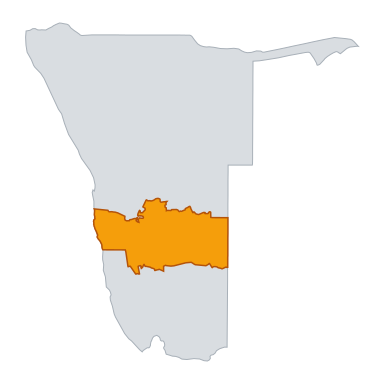 Namibia, with Hardap highlighted
{"feature_id": "NAM-3339", "entity_name": "Hardap", "entity_type": "Region", "adm_level": 1, "iso_a3": "NAM", "parent_name": "Namibia", "parent_adm1": "", "projection": "robinson", "projection_center": [17.113, -24.521], "detail": "fine", "context": "in_parent", "style": "filled", "palette": "amber", "viewbox_px": 384, "rotation_deg": 0, "n_neighbors": 0, "source": "natural_earth", "source_scale": "10m", "svg_char_len": 7210}
<svg xmlns="http://www.w3.org/2000/svg" viewBox="0 0 384 384"><path d="M312.3,42.0L317.5,40.9L322.6,39.8L328.4,38.7L333.1,37.8L334.3,37.5L345.5,38.6L350.4,39.3L352.1,40.0L354.3,41.9L358.4,46.4L357.3,46.2L349.8,47.1L346.9,48.4L340.4,53.7L339.1,53.0L337.5,51.9L336.2,51.6L333.4,52.8L330.6,54.4L327.4,56.5L324.8,58.7L324.0,59.8L319.9,64.2L318.6,64.9L317.4,65.2L317.0,65.0L316.5,63.1L314.1,58.7L310.2,53.0L309.0,52.4L308.2,52.2L305.3,52.5L296.7,54.1L289.5,55.4L278.5,57.8L266.7,59.7L259.4,60.8L253.0,61.2L253.0,66.9L252.9,78.4L252.9,89.9L252.8,101.4L252.8,112.9L252.7,124.5L252.7,136.0L252.6,147.5L252.6,159.0L252.5,164.0L252.3,165.1L248.7,165.1L240.5,165.1L233.6,165.1L228.1,165.1L228.1,171.9L228.0,180.0L228.0,188.1L228.0,196.2L227.9,204.3L227.9,212.4L227.9,220.5L227.8,228.6L227.8,236.7L227.8,242.8L227.8,243.5L227.7,255.3L227.6,267.9L227.6,280.4L227.5,293.0L227.4,305.6L227.3,318.1L227.2,330.7L227.1,343.2L227.1,347.2L224.6,347.1L219.7,348.7L216.5,350.7L215.1,353.1L213.3,354.6L211.0,355.2L210.0,356.4L210.3,358.4L209.4,359.9L207.4,361.0L204.1,360.7L199.6,359.0L193.9,358.6L186.9,359.5L181.9,359.1L178.9,357.4L175.7,356.4L172.3,356.1L170.3,355.4L166.2,354.2L165.5,352.0L165.0,350.3L163.8,348.6L163.7,347.2L164.6,346.1L164.7,344.4L164.1,342.1L163.0,340.9L161.4,341.0L160.4,340.1L160.0,338.2L159.1,336.8L156.8,335.3L153.9,336.4L152.5,338.1L151.6,340.6L150.9,341.9L150.5,344.1L150.4,345.6L149.6,347.2L148.8,347.9L148.0,347.6L146.5,348.2L143.1,350.6L142.2,351.9L139.5,349.6L131.6,341.0L128.8,338.8L124.6,333.5L115.5,317.1L114.2,314.0L112.4,306.1L110.4,300.2L110.1,296.9L111.1,294.9L110.5,292.3L109.4,290.0L106.3,287.0L105.4,276.8L103.3,270.3L103.7,264.8L102.7,259.9L102.6,256.7L103.0,250.7L101.3,243.8L97.8,237.0L94.7,227.2L94.3,223.0L94.5,211.5L93.9,206.8L93.9,201.3L92.7,195.5L92.2,192.4L93.0,189.9L93.5,190.7L94.4,191.1L95.0,187.8L95.1,184.9L93.6,177.8L90.1,170.5L81.5,158.5L79.4,154.0L78.2,150.2L68.6,134.5L64.5,123.4L61.6,113.8L58.5,109.4L44.0,78.3L40.8,73.4L35.0,67.4L33.7,65.5L31.4,59.8L27.1,52.2L26.0,45.2L25.6,37.1L26.1,31.0L30.0,30.3L32.7,28.7L35.2,28.6L37.7,29.9L40.2,30.0L41.2,29.8L45.9,30.0L48.5,28.5L51.7,27.0L53.5,25.7L56.1,24.4L59.5,23.0L61.4,23.2L63.8,23.7L66.9,24.2L68.7,25.1L70.8,27.9L74.1,30.5L76.5,32.1L79.3,34.1L80.1,34.9L81.3,35.4L82.1,35.5L87.2,35.2L91.8,34.9L96.8,34.9L106.2,34.9L115.6,34.9L125.1,35.0L134.5,35.0L143.9,35.0L153.3,35.0L162.7,35.0L172.1,35.0L176.0,35.0L182.7,35.1L189.7,35.2L190.5,35.4L191.3,35.9L192.0,36.5L194.5,40.0L197.6,43.8L200.3,45.6L203.5,46.6L206.4,47.0L209.2,46.8L213.8,47.3L220.3,48.5L227.0,48.8L233.9,48.3L238.8,49.0L241.6,50.8L244.5,52.1L247.4,52.7L251.4,52.4L256.5,50.9L260.8,51.1L262.7,52.2L263.9,52.2L271.3,50.7L277.3,49.5L286.3,47.6L293.6,46.0L304.6,43.7L312.3,42.0Z" fill="#d9dde1" stroke="#a8b0b8" stroke-width="1"/><path d="M227.8,242.8L227.8,243.1L227.8,244.7L227.8,246.3L227.8,247.9L227.8,249.5L227.8,251.1L227.8,252.6L227.8,254.2L227.8,255.8L227.7,257.4L227.7,259.0L227.7,260.6L227.7,262.1L227.7,263.7L227.7,265.3L227.7,266.9L227.7,267.2L227.7,267.3L226.6,267.4L226.2,267.1L225.7,267.2L225.4,267.3L222.7,268.6L222.2,268.8L221.9,268.8L220.8,268.3L218.5,267.8L218.1,267.7L217.8,267.5L217.2,267.0L216.6,266.8L215.2,266.6L214.1,266.6L213.4,266.7L213.2,266.8L212.5,267.4L212.2,267.6L211.8,267.2L209.7,263.8L209.5,263.7L209.3,263.5L209.1,263.6L208.9,263.8L208.4,264.3L206.2,265.6L205.8,265.7L195.2,264.7L193.4,263.7L192.8,263.2L191.2,262.3L185.8,262.8L174.0,265.8L170.9,266.1L166.2,265.6L165.9,265.4L165.6,265.3L165.3,265.4L164.9,265.6L164.2,265.9L163.6,266.3L163.6,271.2L159.5,269.4L159.2,269.3L157.9,269.8L157.2,269.8L155.4,270.4L154.9,270.5L154.7,270.3L154.7,270.0L154.6,269.6L154.6,269.3L154.3,269.0L153.6,268.6L152.5,268.2L151.5,268.0L150.9,267.6L150.5,267.4L150.3,267.2L146.0,266.3L145.6,266.4L145.3,266.4L145.1,266.3L144.9,266.0L144.3,264.8L144.1,264.5L143.9,264.5L143.6,264.9L142.7,267.1L142.3,267.6L141.3,268.4L140.9,267.1L140.9,266.8L141.0,266.6L141.2,266.4L141.0,266.1L140.7,265.9L140.5,265.7L140.2,265.6L139.9,265.7L138.7,266.1L138.4,266.2L138.2,266.3L138.2,266.6L138.2,266.9L139.5,273.9L139.3,274.0L139.0,274.1L137.9,273.7L137.3,273.7L136.8,273.7L136.5,273.9L136.2,274.0L135.9,274.1L135.5,273.8L130.6,266.7L130.4,266.4L130.1,266.2L129.8,266.3L129.5,266.3L128.6,266.6L128.3,266.7L128.1,266.7L128.0,266.4L127.9,266.1L125.9,252.2L125.3,249.9L102.9,249.8L102.3,248.7L102.0,247.6L101.9,245.3L101.6,244.2L100.2,241.4L99.6,240.5L98.4,239.3L98.0,238.5L97.2,237.4L97.1,236.7L97.2,236.4L97.5,236.0L97.6,235.8L97.6,234.7L97.4,234.1L96.9,233.1L96.4,231.6L95.0,228.9L94.5,227.0L94.0,226.0L93.9,224.7L93.7,224.3L93.8,223.8L93.8,222.8L93.7,221.8L93.5,221.2L93.7,220.8L93.8,220.1L94.0,219.7L94.4,219.6L94.6,219.5L94.7,219.2L95.0,218.5L94.8,218.2L94.8,216.6L94.4,215.2L94.3,214.7L94.6,210.7L94.5,209.7L94.2,208.9L107.9,210.3L108.5,211.3L108.7,211.5L108.8,211.6L109.1,211.7L109.4,211.8L109.9,211.8L111.7,211.7L114.2,212.1L114.7,212.1L115.0,212.1L117.8,212.9L124.9,216.3L124.7,218.5L124.8,219.2L125.1,220.0L126.5,220.8L127.2,220.8L129.0,220.7L129.3,220.7L129.5,220.3L129.6,220.0L129.8,219.8L130.1,219.6L131.2,219.6L134.4,218.5L134.5,218.5L135.3,218.6L135.6,218.6L135.8,218.5L137.3,217.6L137.5,217.5L137.4,217.7L137.2,218.3L137.1,218.6L137.0,219.0L137.1,219.5L137.0,219.8L136.8,219.9L136.4,219.9L136.2,220.0L136.1,220.4L136.2,220.8L137.5,221.9L138.9,222.3L138.7,221.6L138.2,219.8L138.5,219.1L139.4,218.1L139.6,217.9L139.8,217.9L140.6,218.2L142.8,218.3L143.0,218.3L143.1,218.2L143.4,217.7L143.4,217.3L143.2,216.7L143.0,216.4L142.7,216.3L140.9,215.7L140.6,215.7L140.2,216.0L137.9,215.5L137.7,215.3L137.7,215.1L137.7,214.9L138.1,213.3L139.3,210.7L139.6,210.4L139.9,210.6L140.1,210.9L140.2,211.1L140.3,212.5L140.5,212.7L142.1,212.7L142.4,212.7L142.6,212.5L145.1,209.9L145.2,209.6L145.2,209.3L145.1,208.5L145.0,208.2L144.8,208.1L143.2,207.1L142.9,206.9L143.0,206.7L143.1,206.4L145.9,200.5L146.2,200.0L146.5,199.9L147.1,200.2L147.5,200.6L148.0,200.8L148.5,200.8L149.1,200.7L150.0,200.7L151.0,201.0L153.0,200.5L154.2,199.9L155.7,198.8L157.3,198.4L158.3,198.4L159.4,198.8L159.8,199.0L160.0,199.4L160.1,200.2L160.2,201.4L160.6,202.0L161.4,202.2L163.6,201.8L165.2,201.7L166.6,201.4L167.0,201.4L166.2,202.3L166.0,202.6L166.0,202.8L166.0,203.0L166.1,204.5L165.9,204.8L165.1,205.1L165.0,205.3L164.9,205.6L165.2,207.3L165.4,207.4L165.5,207.5L165.9,207.6L166.1,207.7L166.1,207.8L166.2,208.0L166.4,210.5L166.5,210.4L170.6,210.5L170.9,210.5L171.1,210.4L171.2,210.1L171.4,209.9L171.7,209.6L176.4,209.5L177.6,209.9L177.8,210.0L178.0,210.2L178.9,211.4L179.1,211.5L179.3,211.6L180.3,211.1L180.5,211.1L181.1,211.3L181.5,211.3L181.9,211.2L183.8,210.3L184.9,210.0L185.1,209.8L185.2,209.5L185.3,208.9L185.3,208.7L185.5,208.5L187.6,207.5L189.3,206.4L189.9,206.4L190.6,207.5L190.5,207.9L192.8,212.6L193.1,212.6L193.5,212.2L193.9,211.9L194.2,212.1L194.5,212.3L195.7,213.7L196.1,213.9L196.5,214.1L198.5,214.5L198.8,214.5L203.4,212.5L203.6,212.5L204.9,212.5L205.1,212.6L205.1,212.8L205.0,213.0L204.9,213.3L205.0,213.5L205.5,213.6L207.8,213.6L208.0,213.5L209.1,212.0L209.4,211.8L209.8,211.8L210.3,211.9L210.6,212.1L210.7,212.4L210.8,217.4L212.4,217.6L227.9,217.7L227.9,218.5L227.9,223.4L227.9,228.2L227.9,233.1L227.8,237.9L227.8,242.8Z" fill="#f59e0b" stroke="#b45309" stroke-width="1.5"/></svg>